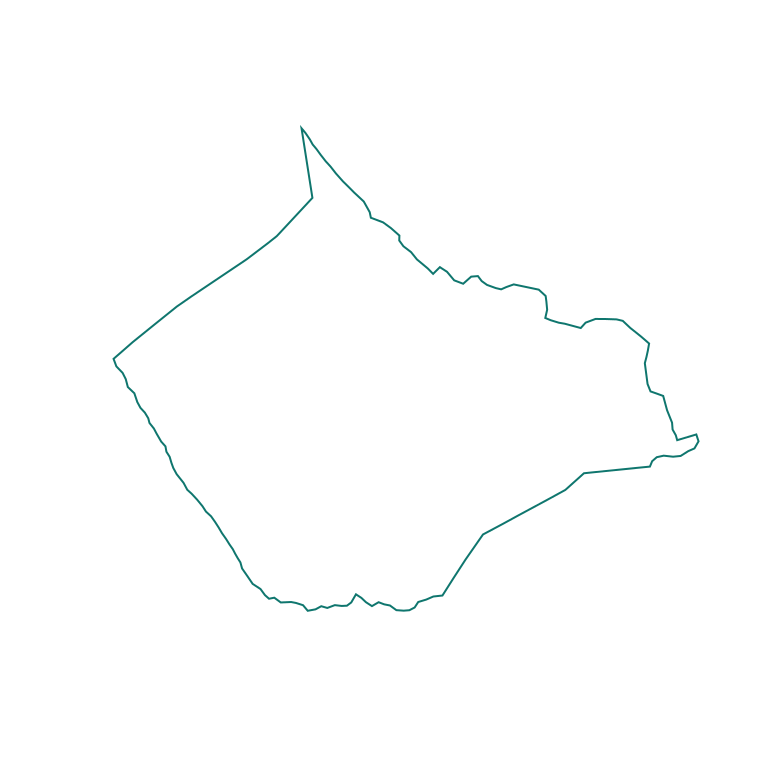 the district of Cajazeiras, Paraíba, Brazil, rotated 230°
{"feature_id": "56859067B23087761715459", "entity_name": "Cajazeiras", "entity_type": "district", "adm_level": 2, "iso_a3": "BRA", "parent_name": "Brazil", "parent_adm1": "Paraíba", "projection": "orthographic", "projection_center": [-38.549, -6.93], "detail": "fine", "context": "isolated", "style": "outline", "palette": "teal", "viewbox_px": 768, "rotation_deg": 230, "n_neighbors": 0, "source": "geoboundaries", "source_scale": "gbopen_adm2", "svg_char_len": 2158}
<svg xmlns="http://www.w3.org/2000/svg" viewBox="0 0 768 768"><g transform="rotate(230 384 384)"><path d="M144.6,590.8L152.5,572.5L157.2,574.6L163.6,575.8L169.2,579.8L182.0,584.0L195.4,590.2L201.8,586.5L207.0,583.4L214.6,585.9L232.3,597.2L235.9,602.3L239.9,607.5L244.6,613.1L255.2,611.4L268.6,608.7L278.9,607.5L284.0,603.7L291.9,594.9L297.9,587.8L301.4,577.9L300.4,570.7L307.7,565.6L314.0,561.2L318.6,557.3L325.7,552.7L330.9,550.0L336.0,556.7L342.8,561.4L347.5,564.4L356.8,563.2L376.9,547.4L379.6,540.1L381.2,534.6L385.6,531.3L393.7,526.6L400.0,525.0L406.3,525.3L410.2,519.8L409.9,509.1L418.3,504.4L429.4,504.4L437.6,501.9L436.8,492.4L444.4,491.8L458.3,489.3L467.6,489.5L477.0,487.4L484.1,487.9L487.8,491.2L499.1,489.5L508.4,487.2L519.8,480.8L524.8,483.5L536.8,485.8L549.8,484.2L558.3,483.5L565.6,482.8L576.2,482.5L584.9,482.8L592.1,482.5L600.4,482.8L607.5,483.3L613.3,483.3L619.0,484.4L626.9,485.2L632.9,485.2L572.6,448.8L567.8,410.1L566.2,396.9L566.5,385.6L567.8,359.0L574.9,292.6L576.5,275.1L577.1,246.2L577.6,218.6L577.1,193.0L569.5,190.3L560.5,190.9L553.7,189.3L546.3,185.8L537.4,186.8L528.7,183.4L522.3,182.1L515.8,182.4L509.3,181.4L504.9,179.3L497.8,179.1L492.2,177.9L483.1,176.3L476.7,176.5L472.0,173.8L466.0,173.0L460.3,170.5L455.1,168.6L448.2,167.2L437.1,166.9L429.4,165.3L423.7,166.1L415.6,166.5L407.1,166.4L400.7,165.6L393.8,166.5L386.7,165.9L380.4,165.1L373.9,164.0L366.8,163.4L360.3,162.5L354.6,162.0L349.7,160.9L344.7,160.0L339.6,159.3L333.9,156.7L324.1,155.8L315.3,154.9L306.3,157.6L298.8,157.1L293.4,157.9L290.8,162.6L283.0,164.5L276.7,172.7L272.9,175.8L266.6,179.8L259.3,179.8L255.4,186.7L254.1,193.1L248.9,196.6L246.2,204.2L241.2,208.9L238.0,213.1L237.7,218.5L240.9,227.3L234.7,229.2L228.5,229.9L221.6,232.0L220.3,239.6L215.1,242.5L210.5,246.2L202.8,248.1L197.7,253.4L194.4,258.0L193.1,263.8L195.0,270.1L191.7,277.8L189.5,285.2L184.4,292.8L190.6,312.4L197.1,333.6L205.1,363.1L200.4,385.4L197.1,401.9L190.3,434.8L186.3,454.8L187.1,479.8L182.5,486.6L157.2,523.8L149.8,534.6L152.5,539.8L152.6,545.9L149.3,552.2L142.5,558.7L138.2,565.0L137.0,573.9L135.1,580.4L137.9,588.1L144.6,590.8Z" fill="none" stroke="#0f766e" stroke-width="2"/></g></svg>